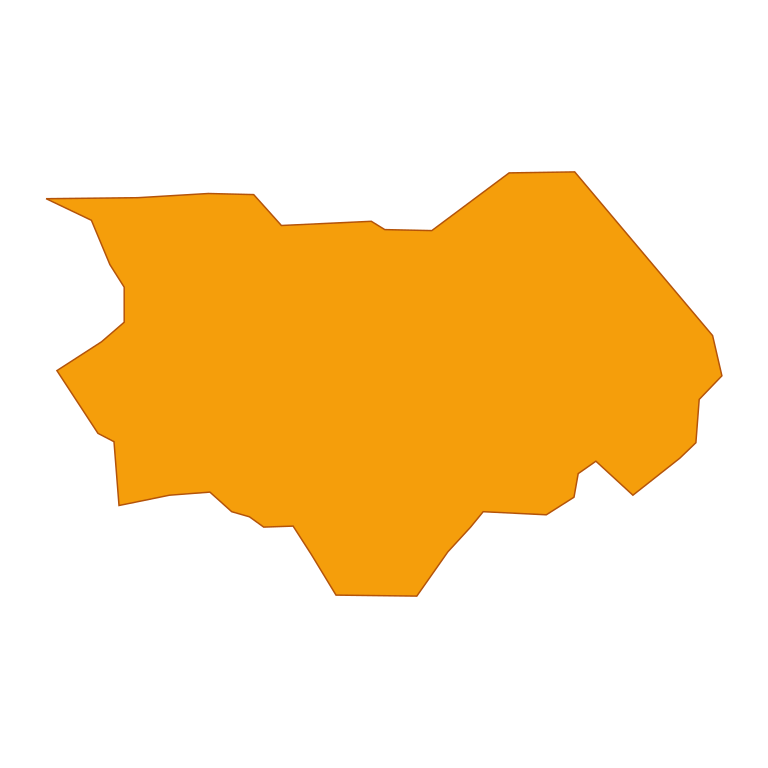 the district of Krujë, Durrës, Albania
{"feature_id": "67620474B91291617478666", "entity_name": "Krujë", "entity_type": "district", "adm_level": 2, "iso_a3": "ALB", "parent_name": "Albania", "parent_adm1": "Durrës", "projection": "robinson", "projection_center": [19.708, 41.488], "detail": "fine", "context": "isolated", "style": "filled", "palette": "amber", "viewbox_px": 768, "rotation_deg": 0, "n_neighbors": 0, "source": "geoboundaries", "source_scale": "gbopen_adm2", "svg_char_len": 631}
<svg xmlns="http://www.w3.org/2000/svg" viewBox="0 0 768 768"><path d="M46.1,198.7L91.4,220.3L109.9,264.6L124.2,287.2L124.2,322.2L101.5,341.8L56.9,370.6L98.0,433.4L114.0,441.7L119.0,505.5L169.5,495.2L209.9,492.1L231.7,511.7L249.4,516.8L263.7,527.1L293.1,526.1L311.6,554.9L336.0,595.1L416.8,596.1L447.9,551.8L470.6,527.1L483.2,511.7L546.3,514.8L574.0,497.2L578.2,473.6L595.9,461.2L632.9,495.2L679.9,458.1L695.9,442.7L699.2,399.4L721.9,375.8L712.6,335.6L574.7,171.9L509.1,172.9L431.8,230.6L384.8,229.6L371.3,221.3L281.4,225.5L253.7,194.6L208.3,193.5L137.7,197.7L46.1,198.7Z" fill="#f59e0b" stroke="#b45309" stroke-width="1.5"/></svg>